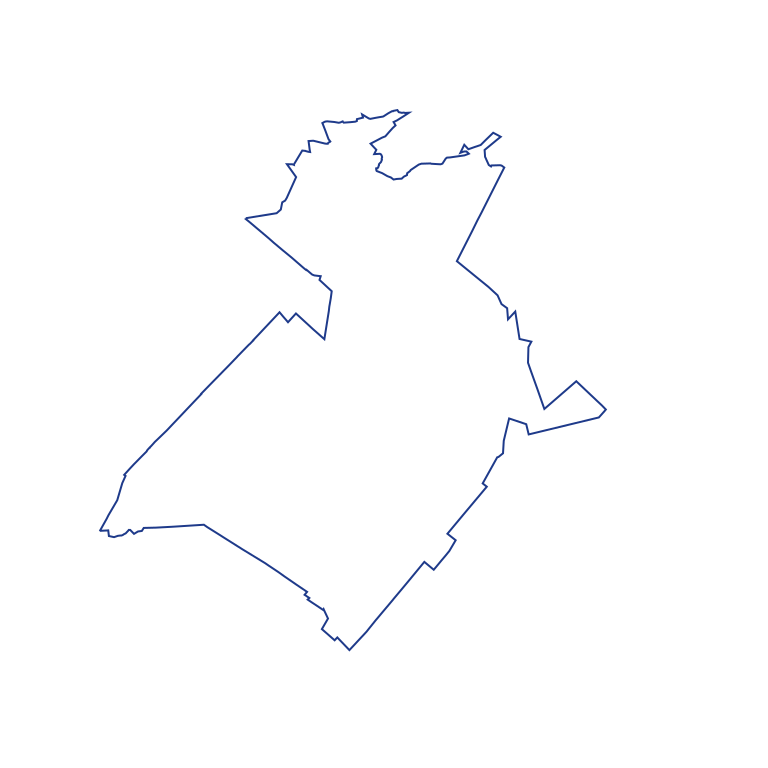 Matamoros, Coahuila, Mexico (Mercator projection), rotated 31°
{"feature_id": "50627088B53869778509823", "entity_name": "Matamoros", "entity_type": "district", "adm_level": 2, "iso_a3": "MEX", "parent_name": "Mexico", "parent_adm1": "Coahuila", "projection": "mercator", "projection_center": [-103.27, 25.574], "detail": "fine", "context": "isolated", "style": "outline", "palette": "blue", "viewbox_px": 768, "rotation_deg": 31, "n_neighbors": 0, "source": "geoboundaries", "source_scale": "gbopen_adm2", "svg_char_len": 4821}
<svg xmlns="http://www.w3.org/2000/svg" viewBox="0 0 768 768"><g transform="rotate(31 384 384)"><path d="M210.7,603.7L215.2,621.0L215.4,638.5L215.7,642.4L216.1,655.7L216.7,655.8L217.7,655.1L221.6,652.5L223.0,651.5L226.5,656.0L231.5,654.3L234.1,651.2L236.0,649.7L236.9,649.2L237.8,648.1L238.5,646.6L239.5,645.1L240.3,641.5L240.4,640.5L241.6,639.8L246.9,641.2L249.1,637.1L252.1,634.7L252.2,631.1L257.1,628.0L262.6,624.5L276.5,615.1L302.1,597.4L306.1,597.7L321.8,598.0L324.8,598.1L342.9,598.5L344.5,598.5L347.0,598.6L374.5,598.8L379.2,599.1L379.7,599.1L390.1,599.6L397.7,600.2L412.2,601.1L425.1,601.8L424.5,605.6L430.2,605.9L429.6,608.1L434.9,608.4L448.2,609.0L448.2,608.1L448.9,608.6L456.8,613.9L457.0,626.1L473.7,629.1L474.5,625.3L491.4,629.9L496.6,605.3L497.2,600.7L498.6,590.5L499.0,588.2L499.9,582.4L500.9,576.2L502.8,564.3L502.9,563.3L503.0,562.7L504.9,550.7L506.5,540.3L508.3,528.3L510.2,515.7L522.3,517.6L522.9,513.9L524.2,505.3L525.2,499.1L526.0,493.5L525.9,481.0L515.5,479.7L519.3,455.1L525.0,419.1L519.8,418.4L518.8,388.5L519.7,387.6L521.7,382.1L515.9,371.0L510.4,353.6L509.0,349.1L526.6,345.2L534.0,352.7L541.7,345.1L585.4,302.0L587.0,293.6L587.3,291.6L581.6,290.1L575.5,288.8L547.4,282.6L534.3,322.8L517.9,309.2L503.1,297.1L496.5,291.6L488.8,278.0L488.5,271.8L477.0,275.6L459.2,254.3L457.0,264.7L450.5,255.6L443.6,255.0L439.7,252.3L435.7,249.5L423.6,247.0L413.1,245.5L383.2,241.2L380.8,207.5L379.8,195.7L379.3,187.0L376.6,150.7L375.8,139.3L375.6,136.5L372.3,136.2L370.8,136.7L363.6,141.3L363.7,142.4L361.0,142.3L358.4,140.5L356.5,139.2L354.7,137.9L354.2,137.6L353.6,137.2L353.4,136.9L352.8,136.0L349.7,131.6L351.8,125.7L353.1,122.0L354.9,116.9L356.7,112.0L353.6,112.1L348.2,112.4L345.4,122.9L343.8,129.3L341.2,132.4L339.8,134.0L336.6,137.9L335.4,139.3L329.6,137.6L330.4,146.5L331.4,145.2L332.4,144.0L333.3,143.2L334.9,142.2L338.1,142.9L337.3,144.0L335.2,146.6L323.9,155.8L321.4,157.5L320.8,159.0L320.6,165.0L319.4,166.5L313.9,169.4L311.0,170.9L310.2,171.0L309.0,171.8L302.6,175.9L300.8,178.0L296.7,186.8L296.6,188.2L295.3,191.4L296.1,193.1L295.3,194.4L294.4,195.7L294.0,196.8L293.7,197.8L293.4,198.9L291.3,200.3L289.3,201.7L286.9,203.8L283.3,203.4L283.2,203.5L279.8,204.1L273.8,204.2L268.1,205.2L267.5,204.9L267.4,204.7L266.8,204.1L266.2,203.2L267.1,202.4L267.2,202.2L267.3,202.2L267.3,201.9L267.4,201.7L267.4,200.8L267.1,200.1L267.1,199.2L266.5,198.3L266.7,196.8L266.9,196.4L267.0,195.8L267.0,195.7L267.1,195.4L267.1,195.2L267.1,194.9L267.0,194.7L266.8,193.2L266.6,192.7L266.4,192.7L265.8,191.7L265.7,190.8L265.5,190.5L265.2,190.1L264.9,189.8L264.5,189.6L263.9,189.1L263.0,188.7L261.9,188.8L257.2,192.0L257.1,190.9L256.8,187.2L253.2,186.2L248.7,184.9L252.2,179.2L255.4,173.9L257.6,171.0L258.3,167.1L258.5,165.9L259.4,161.3L259.6,160.2L260.7,156.4L257.7,154.7L257.3,154.5L259.4,151.3L261.4,147.3L262.7,144.8L265.7,138.6L262.3,140.9L261.3,141.1L259.6,142.4L256.6,143.4L254.4,142.3L251.3,145.1L251.2,145.6L250.4,146.0L248.3,149.6L245.8,154.7L245.4,155.3L242.2,158.0L239.8,160.1L235.7,163.8L234.2,164.2L229.7,164.2L226.4,164.2L228.8,166.5L224.4,170.9L225.3,172.6L224.2,174.0L220.3,176.9L214.9,180.7L213.7,180.5L213.3,180.2L213.2,180.3L212.0,182.1L211.7,182.4L211.3,182.8L211.0,183.1L210.4,183.5L210.1,183.6L206.5,185.0L201.5,187.4L200.7,187.8L200.0,188.1L199.4,188.6L198.5,189.3L198.4,189.5L198.2,189.7L197.9,190.1L197.7,190.5L197.4,191.0L196.8,192.1L197.0,192.2L203.2,197.0L207.7,200.6L209.2,201.8L210.5,202.8L213.1,203.8L213.0,204.2L212.2,205.6L212.0,205.9L212.0,206.5L212.1,207.0L210.9,207.7L209.6,208.3L204.8,209.8L198.1,211.9L197.2,212.5L195.8,213.5L194.2,214.6L194.6,215.1L197.6,218.9L199.5,221.3L201.2,223.2L199.6,223.9L199.3,224.0L198.9,224.1L196.8,224.7L196.5,224.7L196.3,224.8L193.7,226.0L193.7,242.5L193.8,242.6L192.2,242.9L187.6,245.6L202.1,251.9L204.2,269.5L204.8,274.5L204.8,277.7L203.2,280.7L205.7,287.6L204.0,292.9L180.8,312.5L181.1,313.2L180.7,313.8L183.7,314.2L193.7,315.8L198.7,316.6L209.8,318.4L216.8,319.7L228.8,321.6L235.0,322.5L240.3,323.3L246.5,324.4L253.3,325.6L256.9,326.2L258.6,326.4L258.7,326.0L266.1,327.2L268.4,326.8L274.2,324.2L275.1,328.0L291.4,331.4L294.2,337.9L296.5,343.8L297.3,345.9L299.1,349.8L309.8,376.3L295.1,373.6L272.2,368.9L269.9,380.5L266.7,379.4L263.3,378.3L257.5,376.3L257.1,378.3L250.6,408.1L249.2,414.4L249.2,414.5L249.4,414.5L249.3,414.8L248.4,418.7L248.0,419.7L246.8,424.7L245.7,429.4L244.1,436.2L244.1,436.5L243.5,439.1L243.3,439.9L243.3,440.0L243.2,440.2L243.1,440.8L241.6,447.4L239.7,455.3L236.3,469.6L235.2,474.2L232.3,486.5L232.6,486.6L228.3,505.9L225.6,518.2L223.3,528.5L221.7,535.8L219.9,542.5L217.4,551.7L216.3,557.5L216.2,557.6L215.9,559.0L216.0,559.1L215.8,559.3L215.6,560.5L215.3,561.8L215.3,562.0L215.1,563.2L215.3,563.9L213.8,569.9L211.0,581.5L209.7,587.6L208.1,595.7L209.8,595.9L210.7,603.7Z" fill="none" stroke="#1e3a8a" stroke-width="2"/></g></svg>